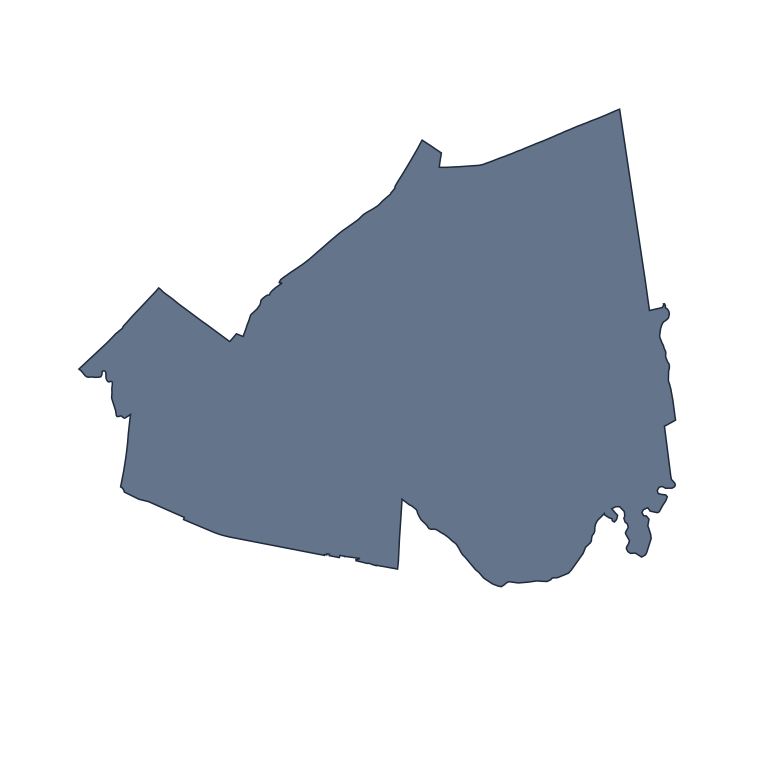 Ghidigeni, Galati, Romania (Natural Earth projection), rotated 257°
{"feature_id": "2599482B46440219458766", "entity_name": "Ghidigeni", "entity_type": "district", "adm_level": 2, "iso_a3": "ROU", "parent_name": "Romania", "parent_adm1": "Galati", "projection": "natural_earth1", "projection_center": [27.503, 46.029], "detail": "fine", "context": "isolated", "style": "filled", "palette": "slate", "viewbox_px": 768, "rotation_deg": 257, "n_neighbors": 0, "source": "geoboundaries", "source_scale": "gbopen_adm2", "svg_char_len": 6158}
<svg xmlns="http://www.w3.org/2000/svg" viewBox="0 0 768 768"><g transform="rotate(257 384 384)"><path d="M528.3,186.0L526.4,183.6L523.3,179.1L521.4,176.2L512.4,162.7L507.9,155.8L506.0,153.0L502.0,147.5L500.6,145.4L499.1,143.2L498.7,142.8L497.0,141.5L496.5,140.4L495.9,139.1L495.0,137.2L493.9,135.6L493.9,134.8L489.6,128.3L486.6,123.6L467.2,90.1L466.0,90.9L465.4,91.5L464.8,91.9L463.9,92.4L462.0,93.4L460.8,93.9L459.3,94.7L458.1,95.7L457.6,96.3L457.3,97.1L457.0,98.1L456.8,99.2L456.8,100.3L456.6,101.0L456.1,102.0L455.5,103.9L454.9,107.0L454.7,108.3L454.7,109.1L454.8,109.6L455.2,110.2L455.8,110.7L457.2,111.4L457.9,111.7L458.6,111.9L459.3,112.1L459.7,112.5L459.8,113.0L459.8,113.6L459.7,114.2L459.5,114.6L459.1,115.1L458.7,115.4L458.2,115.5L456.5,115.3L452.9,114.5L451.9,114.5L450.6,114.7L449.8,114.9L448.9,115.3L448.4,115.7L448.1,116.0L447.9,116.4L447.8,116.9L448.0,118.6L447.8,119.1L447.5,119.4L447.1,119.6L446.4,119.6L445.1,119.3L440.5,117.7L436.7,117.0L433.5,116.0L432.3,115.6L431.3,115.5L429.3,115.6L426.7,115.8L418.4,116.5L413.8,116.1L412.8,116.3L412.2,117.0L412.0,118.4L412.1,119.9L411.8,121.1L411.0,121.6L409.7,122.5L409.1,123.4L409.1,124.1L411.3,130.2L407.7,128.8L392.5,123.5L386.1,121.5L381.6,120.0L370.7,116.0L366.7,114.4L357.3,110.6L343.0,104.2L341.7,105.5L339.8,106.4L337.0,106.8L326.8,119.3L322.4,128.0L299.3,158.9L298.9,159.4L297.0,158.2L277.5,185.2L274.1,190.5L271.8,194.8L269.6,199.2L232.4,282.9L231.5,285.1L230.4,287.4L231.2,287.7L230.9,288.5L230.3,289.8L231.5,290.2L230.4,292.5L229.1,292.0L224.9,301.4L226.9,302.5L225.4,306.0L225.2,306.3L224.6,306.9L224.8,307.2L219.4,321.3L219.0,317.5L219.1,317.1L218.1,317.0L214.1,325.1L213.0,327.1L212.5,329.5L211.1,331.4L208.8,335.4L209.2,335.5L200.6,355.6L208.2,358.2L228.8,364.0L267.7,375.7L266.5,376.6L260.6,381.5L259.2,383.4L254.5,387.1L253.0,387.6L250.6,387.7L248.6,388.1L246.6,388.6L244.3,389.3L242.9,389.9L240.4,391.5L238.5,392.9L236.5,394.0L234.6,394.6L233.0,395.4L231.9,397.0L231.4,399.8L230.6,401.8L229.4,403.3L226.9,405.6L223.6,409.2L219.8,412.4L215.6,415.2L213.3,417.2L211.6,418.4L207.2,420.0L202.8,421.1L199.9,422.2L197.1,424.0L182.3,431.5L179.2,434.0L172.6,437.4L164.9,444.6L161.7,449.3L160.1,452.7L161.3,456.0L162.7,458.6L163.2,460.5L162.9,462.4L161.8,465.1L159.9,470.2L158.5,479.9L157.8,488.5L156.1,494.0L154.9,498.4L155.7,502.4L156.9,503.7L157.0,506.1L156.4,508.2L156.3,509.9L158.2,521.2L160.6,524.7L174.1,539.9L178.0,542.6L179.6,543.7L182.7,549.1L184.3,550.7L186.2,551.3L188.1,552.0L189.6,553.0L191.7,555.3L193.7,556.4L196.3,557.0L198.9,558.1L201.3,559.7L203.2,561.6L205.7,565.7L208.2,569.5L206.9,569.5L203.0,573.2L201.5,575.7L199.3,575.7L197.7,577.4L199.1,579.5L200.2,580.5L203.5,582.1L206.5,580.3L211.2,577.9L212.3,582.0L211.5,585.9L205.7,589.4L201.4,589.0L199.2,587.5L195.1,587.9L193.0,589.6L189.5,589.8L184.9,585.8L183.3,585.8L176.2,587.9L172.9,586.0L170.8,583.8L169.0,583.1L165.8,583.9L163.5,586.1L162.7,590.9L157.4,596.1L158.7,600.3L160.6,602.0L173.4,609.6L177.8,610.0L186.6,609.2L192.7,611.8L196.5,609.9L197.2,607.4L200.8,606.4L203.2,608.5L204.1,613.2L200.3,614.7L197.1,621.4L197.6,623.5L202.8,628.1L206.7,632.2L210.4,634.7L212.6,633.5L213.9,629.8L215.6,626.5L218.8,626.3L221.6,628.9L221.5,632.2L219.1,634.9L217.7,641.2L218.6,644.1L220.1,645.1L221.7,645.1L223.6,644.2L226.3,642.6L229.7,642.7L279.9,647.8L280.1,649.1L283.2,660.0L285.4,660.1L302.9,661.8L311.6,662.2L314.9,662.4L316.6,662.2L318.0,662.3L322.8,661.9L324.4,662.0L325.7,662.5L328.3,663.1L330.7,663.8L332.1,664.0L334.3,665.2L336.3,665.9L337.1,666.1L338.4,666.2L339.5,666.2L340.5,665.9L341.4,665.4L342.1,665.2L343.1,665.1L343.7,665.1L345.0,664.8L346.3,664.6L347.9,664.7L349.1,665.0L350.2,665.4L351.5,665.7L352.3,665.7L353.3,665.6L354.6,665.2L355.4,665.1L356.6,664.9L358.2,665.0L358.5,664.9L362.2,664.0L362.9,663.9L363.9,663.9L366.5,663.3L367.0,663.3L369.2,663.5L375.8,666.0L379.4,668.2L381.0,669.6L381.7,670.6L382.2,672.1L383.5,674.8L384.2,675.7L384.4,676.0L385.3,676.5L388.0,677.8L388.5,677.8L390.1,677.9L390.7,677.8L391.8,677.5L392.6,677.3L392.8,677.1L393.5,676.8L394.8,675.6L395.2,675.4L395.7,675.4L395.9,675.4L397.0,675.9L399.1,675.3L399.2,674.3L398.0,674.3L395.9,672.3L395.9,659.2L426.8,661.9L598.8,675.4L598.6,674.2L598.2,671.6L596.7,663.4L596.1,660.6L595.7,657.6L595.3,655.8L595.0,653.7L594.3,649.1L594.0,646.6L593.7,644.6L593.6,643.6L593.2,641.9L593.0,640.4L592.9,639.7L592.6,637.7L592.4,635.7L592.1,634.6L591.7,630.8L591.0,627.3L590.6,624.5L590.3,623.5L590.1,622.2L589.5,618.0L589.0,615.4L588.6,613.7L588.3,612.0L587.9,609.1L587.4,607.0L586.6,602.7L586.3,600.8L585.6,597.0L585.3,595.4L584.9,592.8L584.8,591.6L584.5,589.9L584.3,588.6L584.0,586.0L583.4,583.2L583.1,581.0L582.8,579.2L581.9,573.8L581.6,572.2L581.2,570.5L580.9,567.0L579.7,560.3L579.2,556.0L578.7,553.3L578.2,548.3L577.0,540.5L576.2,534.4L576.2,533.4L575.8,531.3L575.6,529.1L575.7,526.8L575.7,525.3L575.9,524.7L576.1,522.7L576.3,522.1L578.1,510.5L578.4,508.9L578.6,507.4L579.3,503.2L579.9,500.4L580.2,498.7L580.5,496.7L581.3,492.6L582.1,489.1L582.4,487.9L582.9,486.6L591.7,490.0L593.2,490.7L596.2,491.9L601.4,487.0L604.3,484.4L605.7,483.1L606.4,482.5L607.1,481.7L613.1,476.0L605.0,468.9L596.5,461.0L589.3,454.1L583.7,448.6L577.1,442.0L574.1,439.2L572.9,438.9L571.6,437.8L569.8,435.5L568.7,433.8L568.0,433.4L567.3,432.7L566.5,431.1L564.9,428.0L562.9,424.2L559.6,419.0L558.7,417.1L556.5,410.7L555.4,406.8L554.3,403.6L553.5,401.6L552.4,399.8L551.3,398.0L550.6,396.9L549.5,394.8L542.1,376.8L540.4,373.3L537.2,367.1L536.2,365.1L533.5,360.0L531.8,356.9L527.5,348.7L524.0,342.3L522.1,338.6L518.8,331.4L513.9,318.5L510.6,310.4L509.0,306.9L507.0,305.0L506.5,304.7L506.2,304.7L506.1,304.8L506.0,305.1L505.9,306.1L505.7,306.8L505.4,306.9L505.0,306.8L503.6,303.4L502.1,299.7L500.3,296.3L498.4,293.7L496.6,292.5L496.6,292.0L496.8,290.8L496.7,289.7L495.9,287.7L494.7,285.1L493.4,283.1L492.6,282.6L490.8,282.0L489.1,281.0L486.4,278.0L485.5,276.9L482.0,270.7L481.1,269.5L476.2,266.6L472.3,263.9L469.6,262.3L465.8,259.9L462.0,257.4L466.1,251.5L460.2,243.5L460.2,243.1L463.2,240.5L482.5,224.0L486.6,220.3L499.1,209.7L508.2,201.9L515.0,196.7L520.1,192.2L523.4,189.5L526.4,187.6L527.6,186.7L528.3,186.0Z" fill="#64748b" stroke="#1e293b" stroke-width="1.5"/></g></svg>